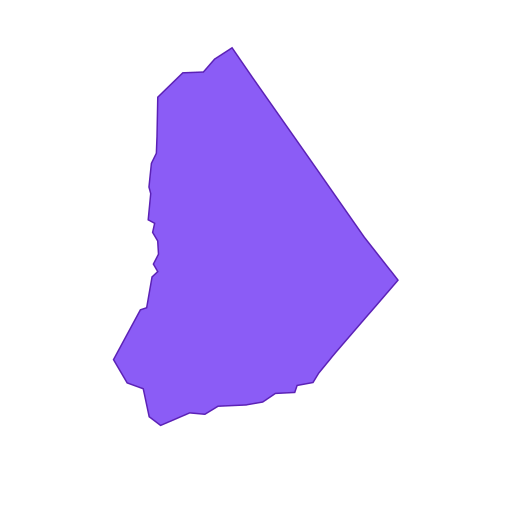 outline of Harnett, North Carolina, United States of America, rotated 108°
{"feature_id": "52423323B77740585629691", "entity_name": "Harnett", "entity_type": "district", "adm_level": 2, "iso_a3": "USA", "parent_name": "United States of America", "parent_adm1": "North Carolina", "projection": "equal_earth", "projection_center": [-78.826, 35.388], "detail": "fine", "context": "isolated", "style": "filled", "palette": "violet", "viewbox_px": 512, "rotation_deg": 108, "n_neighbors": 0, "source": "geoboundaries", "source_scale": "gbopen_adm2", "svg_char_len": 803}
<svg xmlns="http://www.w3.org/2000/svg" viewBox="0 0 512 512"><g transform="rotate(108 256 256)"><path d="M398.6,359.5L416.5,339.3L417.1,322.2L441.9,307.9L446.6,294.4L425.7,270.6L422.3,255.7L410.6,245.7L400.6,219.1L400.0,218.2L399.8,217.8L392.8,204.5L380.7,195.1L373.8,177.0L366.4,176.9L358.7,162.7L348.1,160.2L330.7,153.4L328.8,152.7L328.0,152.4L322.6,150.2L277.5,131.3L272.4,129.1L235.9,113.8L235.1,113.5L234.8,113.9L228.3,123.5L227.7,124.5L204.9,158.5L204.7,158.8L146.0,236.5L87.2,314.7L65.4,343.1L81.5,356.2L97.3,362.9L104.4,382.2L135.3,398.5L173.2,387.0L189.1,382.5L200.2,384.1L223.5,379.1L229.2,375.4L254.9,369.7L256.2,362.5L265.5,361.6L272.1,354.1L284.4,349.3L295.4,351.1L301.2,344.6L308.0,348.4L339.0,344.0L342.9,349.3L398.6,359.5Z" fill="#8b5cf6" stroke="#5b21b6" stroke-width="1.5"/></g></svg>